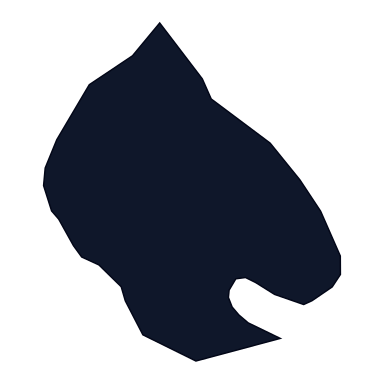 map outline of Hrastnik (orthographic projection)
{"feature_id": "SVN-951", "entity_name": "Hrastnik", "entity_type": "Municipality", "adm_level": 1, "iso_a3": "SVN", "parent_name": "Slovenia", "parent_adm1": "", "projection": "orthographic", "projection_center": [15.129, 46.135], "detail": "fine", "context": "isolated", "style": "filled", "palette": "ink", "viewbox_px": 384, "rotation_deg": 0, "n_neighbors": 0, "source": "natural_earth", "source_scale": "10m", "svg_char_len": 550}
<svg xmlns="http://www.w3.org/2000/svg" viewBox="0 0 384 384"><path d="M195.9,361.0L142.9,334.8L125.3,300.8L121.2,286.7L98.9,264.9L81.7,257.0L73.5,245.7L58.7,219.1L51.6,210.9L43.6,185.6L45.2,168.0L56.8,139.7L89.3,84.7L132.5,55.8L159.7,23.0L202.3,78.9L211.2,99.0L270.1,143.1L299.9,179.9L320.6,211.2L340.3,256.0L340.4,274.5L332.2,286.9L312.0,300.7L303.7,304.5L274.6,294.4L255.6,282.5L245.5,277.5L235.8,278.8L229.1,290.1L228.4,297.5L232.1,307.0L238.8,314.9L248.2,322.9L280.2,338.4L195.9,361.0Z" fill="#0f172a" stroke="#020617" stroke-width="1.5"/></svg>